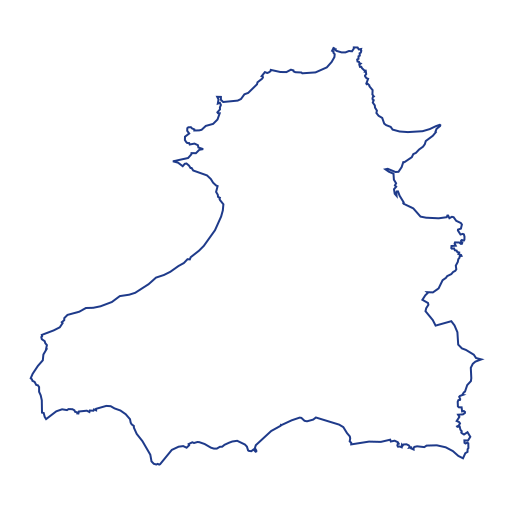 Bangka Barat, Bangka-Belitung, Indonesia
{"feature_id": "22746128B47433230053131", "entity_name": "Bangka Barat", "entity_type": "district", "adm_level": 2, "iso_a3": "IDN", "parent_name": "Indonesia", "parent_adm1": "Bangka-Belitung", "projection": "orthographic", "projection_center": [105.522, -1.841], "detail": "fine", "context": "isolated", "style": "outline", "palette": "blue", "viewbox_px": 512, "rotation_deg": 0, "n_neighbors": 0, "source": "geoboundaries", "source_scale": "gbopen_adm2", "svg_char_len": 5987}
<svg xmlns="http://www.w3.org/2000/svg" viewBox="0 0 512 512"><path d="M453.6,217.2L451.9,216.8L449.4,218.2L448.1,215.5L447.4,215.5L446.7,217.2L438.7,218.3L426.1,217.7L420.5,216.6L413.3,208.4L403.7,203.8L403.2,203.1L403.7,202.4L399.6,195.7L398.0,191.4L396.9,191.4L396.3,192.4L396.6,195.9L394.7,193.7L394.0,189.2L396.2,186.7L394.9,185.4L396.1,183.3L393.9,179.7L393.5,173.7L388.8,171.7L385.4,169.3L387.7,168.8L395.5,172.0L398.5,171.8L401.6,167.2L403.3,162.1L404.4,162.2L411.8,157.2L413.3,154.1L415.9,152.9L419.1,149.5L423.0,146.7L424.8,144.2L425.8,141.0L432.8,135.8L435.9,132.1L435.5,131.6L436.6,128.8L440.1,126.0L440.3,125.2L439.8,124.8L436.0,126.1L429.7,129.1L422.6,131.2L407.9,132.1L399.6,131.5L392.6,129.6L390.7,126.9L386.1,125.1L384.2,123.6L382.2,117.9L378.6,115.8L376.4,113.0L376.9,110.6L375.0,107.6L374.8,105.4L372.8,102.6L373.7,100.2L372.7,99.6L372.5,98.3L373.0,96.7L373.8,96.4L372.4,94.5L372.6,90.1L369.5,86.4L369.3,85.3L367.7,83.8L366.7,84.2L366.3,83.6L368.1,78.8L366.4,78.1L365.1,76.4L365.0,75.6L366.2,74.1L365.9,71.9L364.9,71.8L365.5,70.6L364.3,70.4L362.0,68.2L361.3,66.8L360.0,66.9L359.3,64.7L360.6,63.6L359.3,63.1L359.0,61.9L357.5,61.5L357.2,59.5L358.5,58.8L358.5,56.3L359.8,55.6L359.6,53.3L360.8,52.6L361.3,50.8L360.8,50.2L361.1,49.0L358.8,49.4L357.6,47.5L353.8,47.4L353.8,48.6L352.0,51.3L349.0,51.0L345.4,52.4L341.6,52.4L336.6,50.9L335.4,50.0L335.6,49.3L334.5,49.2L334.4,48.4L333.5,48.0L332.1,50.8L333.5,51.4L333.4,52.7L334.7,54.2L334.4,57.1L331.6,62.0L326.8,67.4L315.5,72.4L302.3,73.3L301.3,72.5L295.3,72.2L293.6,71.4L293.4,70.4L290.9,69.7L286.4,72.1L280.3,72.0L270.8,69.9L270.5,71.2L268.8,72.4L267.2,73.0L264.9,72.1L261.7,76.1L262.7,76.4L262.9,77.5L262.1,78.7L257.5,82.3L257.0,84.3L248.2,92.9L244.4,94.3L241.0,99.0L237.7,100.6L223.2,102.0L220.9,99.8L220.9,96.9L217.2,96.8L218.5,99.5L217.8,103.6L219.9,102.8L220.9,105.0L219.9,107.4L220.0,109.4L217.4,112.3L218.0,113.2L219.7,113.3L217.5,119.5L213.1,123.9L205.8,125.9L201.6,129.8L199.1,130.4L194.3,130.5L194.3,129.4L192.0,128.4L190.9,127.2L188.3,127.3L187.3,128.2L187.2,130.8L189.2,133.5L185.0,136.7L184.9,140.0L186.1,141.9L187.2,143.0L189.2,143.1L189.7,144.5L194.5,143.6L197.9,145.2L198.4,147.5L203.2,149.1L199.3,149.8L195.9,153.2L191.5,153.1L191.3,154.4L188.1,158.0L172.9,161.3L178.1,162.7L182.7,166.2L184.8,163.8L186.5,163.5L189.0,165.6L190.5,168.0L191.6,168.0L193.2,170.5L207.0,175.4L210.8,179.0L213.1,182.7L216.1,185.5L217.6,186.1L216.1,191.9L217.8,194.8L218.0,196.8L219.9,197.8L219.5,198.9L220.1,200.2L223.4,204.3L222.8,210.5L221.1,216.6L215.0,230.2L203.8,245.9L199.0,250.7L190.7,257.2L189.8,259.4L187.5,259.2L183.9,263.0L178.5,266.0L170.3,271.8L163.9,275.0L156.0,277.6L148.7,284.1L135.2,292.8L129.2,294.7L119.8,296.1L111.9,302.0L100.5,306.3L93.2,307.8L85.9,308.0L79.3,311.7L67.5,314.9L64.3,318.1L64.2,320.2L61.8,322.2L62.6,323.1L59.8,327.3L53.7,330.4L41.8,334.9L42.1,336.3L41.3,337.1L41.8,339.2L44.7,341.2L45.3,343.2L46.9,345.1L46.0,349.4L46.4,349.4L43.4,354.5L42.8,360.3L37.9,365.9L32.7,373.7L30.7,378.3L32.0,379.4L32.4,380.8L34.6,381.9L36.2,384.9L37.9,385.3L39.1,387.1L39.1,391.8L40.7,395.3L41.8,400.3L42.0,412.6L43.7,413.0L44.7,416.9L46.1,419.1L56.3,411.3L62.1,409.3L67.0,410.1L68.5,409.1L72.4,409.2L74.4,410.3L75.1,411.8L77.7,412.5L77.4,413.4L78.4,413.5L78.9,411.5L86.8,410.7L89.4,412.0L89.8,410.5L93.4,410.7L94.0,409.4L96.1,410.3L96.1,408.8L106.3,405.9L110.7,406.2L114.5,408.4L120.4,410.5L125.7,414.2L130.0,419.2L130.7,422.7L131.7,424.4L133.8,425.9L133.9,427.7L136.7,433.9L142.4,441.1L150.3,454.7L151.5,461.4L153.8,463.8L156.3,464.5L157.7,463.9L159.2,464.6L160.1,464.2L171.8,449.9L178.6,446.7L183.2,446.1L186.6,447.7L189.1,445.3L188.6,444.1L192.3,442.3L194.0,443.0L197.5,442.0L199.4,442.2L204.6,444.0L211.0,447.7L213.9,448.6L216.8,448.6L219.9,446.8L222.2,446.7L224.5,444.8L229.1,442.7L232.3,441.5L237.2,440.8L244.9,444.5L246.9,446.6L248.1,450.4L248.9,450.9L251.3,451.2L253.5,449.5L255.6,451.7L256.3,451.4L256.3,450.5L254.9,448.1L255.8,445.2L271.2,431.0L280.6,425.8L280.9,424.9L281.4,425.1L291.7,420.3L299.7,417.6L301.4,417.9L304.5,420.8L307.0,421.3L313.2,419.6L315.9,417.5L339.1,424.6L343.3,427.1L347.0,433.1L349.8,436.4L350.2,438.3L349.7,441.4L351.2,442.7L351.2,444.4L369.0,441.6L380.8,441.9L390.2,439.7L390.8,441.5L394.6,440.7L397.8,442.2L398.7,443.7L397.7,444.0L397.4,445.6L398.0,446.7L399.8,446.5L401.7,447.3L402.0,444.9L402.6,445.7L403.4,444.5L406.5,444.3L408.8,445.4L409.8,446.8L409.2,447.7L411.1,447.4L411.1,448.4L413.6,449.5L413.6,447.9L414.4,446.9L417.1,446.3L424.3,447.1L426.6,445.6L436.8,445.3L445.7,447.3L452.9,451.1L458.3,455.9L463.0,458.3L465.3,453.2L467.5,451.9L467.6,449.2L468.4,448.1L468.3,443.3L467.3,442.7L465.5,443.5L464.5,442.8L464.4,440.4L468.0,440.5L470.3,436.8L467.5,432.2L464.0,434.5L461.9,433.2L461.3,432.6L461.7,431.2L460.4,429.7L459.7,426.6L457.4,426.8L457.1,426.4L458.7,425.6L460.0,423.4L459.1,422.1L456.7,421.0L459.4,416.9L458.1,414.7L462.9,414.4L464.9,413.0L465.0,412.0L463.8,411.0L462.1,411.4L461.6,407.3L458.9,407.3L457.9,406.4L457.7,401.8L458.4,400.1L460.0,399.9L460.2,399.1L459.2,396.8L460.0,395.9L462.8,394.9L462.3,394.8L463.9,392.3L465.0,391.6L467.2,385.1L470.9,381.1L471.3,378.2L470.8,367.8L472.8,363.8L475.4,361.6L481.3,359.4L476.0,358.0L473.8,354.7L465.9,349.9L461.9,348.4L458.2,344.6L457.4,332.2L454.5,325.4L451.3,321.2L435.6,325.6L432.8,320.1L425.5,311.2L426.2,308.2L428.4,304.8L428.0,303.0L422.4,299.8L425.3,295.3L427.9,292.8L427.2,292.2L432.9,292.4L438.6,288.4L442.6,280.2L445.9,277.9L447.2,276.1L451.3,274.1L453.1,272.0L455.3,270.8L456.3,269.3L455.8,265.6L457.8,261.9L458.3,259.2L459.4,257.9L459.8,256.1L461.5,255.9L461.1,255.0L458.4,254.0L459.1,252.5L457.2,251.9L456.6,250.6L454.9,250.3L454.0,248.4L451.9,248.7L451.3,248.1L451.5,246.0L455.7,245.7L454.6,243.5L455.0,242.4L459.2,242.5L460.9,243.9L461.9,243.8L462.3,242.7L461.1,241.6L461.1,240.6L461.8,240.0L463.8,240.6L464.4,239.7L464.5,236.7L463.9,234.4L462.8,233.9L460.5,234.5L457.9,230.5L458.0,229.6L460.9,228.6L461.9,224.5L460.8,223.0L456.2,220.8L453.6,217.2Z" fill="none" stroke="#1e3a8a" stroke-width="2"/></svg>